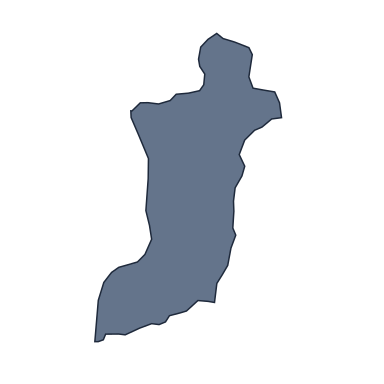 the district of Aneby, Jönköping, Sweden, rotated 97°
{"feature_id": "70781695B68897114765136", "entity_name": "Aneby", "entity_type": "district", "adm_level": 2, "iso_a3": "SWE", "parent_name": "Sweden", "parent_adm1": "Jönköping", "projection": "equal_earth", "projection_center": [14.809, 57.898], "detail": "fine", "context": "isolated", "style": "filled", "palette": "slate", "viewbox_px": 384, "rotation_deg": 97, "n_neighbors": 0, "source": "geoboundaries", "source_scale": "gbopen_adm2", "svg_char_len": 1050}
<svg xmlns="http://www.w3.org/2000/svg" viewBox="0 0 384 384"><g transform="rotate(97 192 192)"><path d="M107.3,112.2L92.8,116.0L82.6,122.1L82.1,133.8L81.5,144.1L70.8,149.6L61.1,149.3L48.3,148.9L41.8,153.1L38.0,167.9L35.9,179.9L31.6,186.8L38.5,194.7L47.1,201.0L59.4,201.7L66.4,199.6L73.4,193.7L84.1,193.4L90.5,196.8L94.3,207.5L96.9,219.6L103.9,224.8L108.7,235.9L108.7,246.6L109.8,254.2L118.9,261.5L118.9,262.6L125.5,261.5L142.3,251.7L164.1,239.3L184.3,237.1L216.1,235.5L230.4,230.1L243.8,226.3L259.7,231.1L268.1,237.6L272.3,247.4L275.7,255.5L281.6,262.0L283.9,263.4L292.5,268.5L310.9,271.8L352.4,270.2L352.0,266.9L349.5,262.0L343.6,260.4L341.9,247.4L341.9,240.9L333.5,227.4L327.6,216.0L327.6,208.5L324.2,202.5L317.5,199.3L313.4,188.9L310.8,183.0L299.0,172.9L298.6,162.7L298.9,156.2L279.7,156.2L270.5,151.9L260.5,147.6L242.9,146.5L229.5,143.3L222.8,147.1L206.0,148.1L196.0,149.7L182.6,149.7L170.0,144.4L160.0,142.8L149.1,149.7L134.0,146.0L123.1,137.4L119.0,130.4L109.8,121.8L107.3,112.2Z" fill="#64748b" stroke="#1e293b" stroke-width="1.5"/></g></svg>